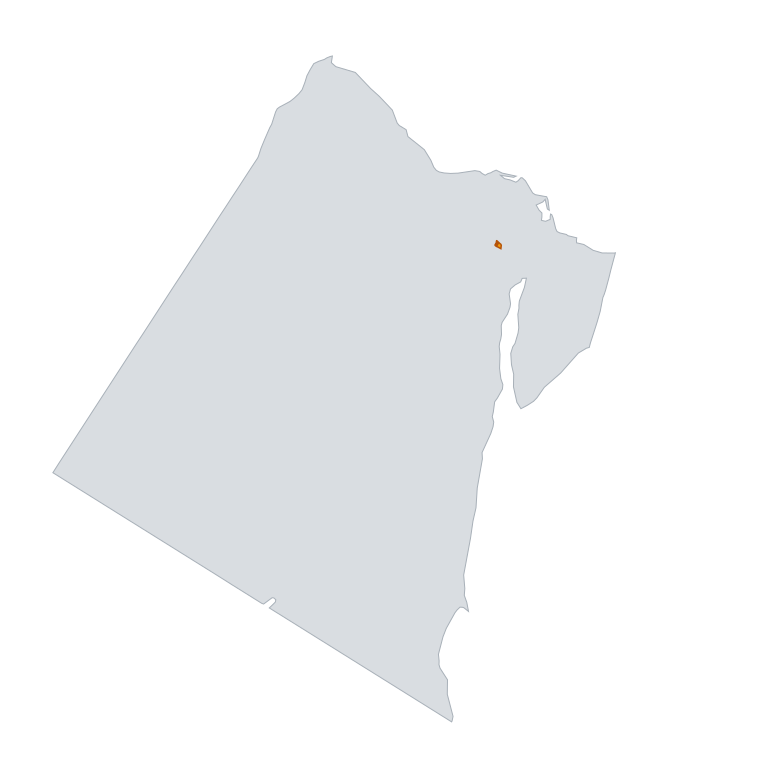 location of Zemam Out, Ash Sharqiyah, Egypt, rotated 32°
{"feature_id": "37247803B42023857067519", "entity_name": "Zemam Out", "entity_type": "district", "adm_level": 2, "iso_a3": "EGY", "parent_name": "Egypt", "parent_adm1": "Ash Sharqiyah", "projection": "equal_earth", "projection_center": [31.428, 30.239], "detail": "fine", "context": "in_parent", "style": "filled", "palette": "amber", "viewbox_px": 768, "rotation_deg": 32, "n_neighbors": 0, "source": "geoboundaries", "source_scale": "gbopen_adm2", "svg_char_len": 3784}
<svg xmlns="http://www.w3.org/2000/svg" viewBox="0 0 768 768"><g transform="rotate(32 384 384)"><path d="M620.4,634.7L607.4,634.7L594.4,634.7L581.5,634.7L568.5,634.7L555.5,634.7L542.5,634.7L529.6,634.7L516.6,634.7L503.6,634.7L490.6,634.7L477.7,634.7L464.7,634.7L451.7,634.7L438.7,634.7L425.8,634.7L412.8,634.7L405.4,634.7L406.6,630.0L407.4,626.6L406.6,624.3L404.0,623.8L402.4,624.5L398.5,634.4L396.5,634.8L391.9,634.8L376.8,634.8L361.7,634.8L346.6,634.7L331.4,634.7L316.3,634.7L301.2,634.7L286.1,634.7L271.0,634.7L255.9,634.7L240.8,634.7L225.7,634.7L210.6,634.7L195.5,634.7L180.4,634.7L165.3,634.7L150.2,634.7L150.3,622.8L150.5,610.9L150.7,599.0L150.9,587.1L151.1,575.3L151.3,563.4L151.5,551.6L151.7,539.7L151.9,527.9L152.1,516.1L152.3,504.3L152.5,492.5L152.7,480.8L153.0,469.0L153.2,457.2L153.4,445.5L153.6,433.8L153.8,422.1L154.0,410.3L154.3,398.7L154.5,387.0L154.7,375.3L155.0,363.7L155.2,352.0L155.4,340.4L155.6,328.8L155.9,317.2L156.1,305.6L156.4,294.0L156.6,282.4L156.8,270.9L157.1,259.3L156.8,257.2L154.8,249.4L153.1,239.4L151.3,227.2L151.1,223.3L147.9,210.7L147.6,207.2L148.6,204.6L154.6,194.1L156.4,189.0L158.0,182.8L158.6,177.8L157.1,170.2L155.3,163.4L154.8,156.4L154.7,149.5L157.7,144.8L161.4,140.4L162.7,137.7L164.9,134.7L166.4,133.2L169.1,139.4L175.0,140.4L194.6,135.0L216.0,140.5L227.8,142.6L245.9,147.3L256.9,155.7L260.0,156.7L268.0,156.6L273.2,161.5L294.0,163.9L305.1,169.4L311.4,173.8L315.2,175.1L318.5,174.9L323.1,173.2L328.8,170.2L335.1,165.9L348.0,154.9L352.6,153.0L355.6,153.5L359.2,153.3L360.7,150.4L362.6,148.3L363.8,146.0L365.8,143.2L372.5,142.5L385.9,137.7L384.4,140.0L372.2,145.3L377.4,146.0L382.8,144.1L388.9,143.0L390.0,140.7L390.8,136.5L392.0,135.9L396.2,136.7L408.8,143.2L411.9,143.3L420.8,139.8L422.7,139.0L425.5,141.0L432.1,149.1L429.8,149.0L422.8,142.0L422.2,145.5L418.2,151.6L423.2,154.3L427.3,155.3L429.4,158.7L430.8,161.8L434.8,160.4L437.7,156.3L436.2,153.9L435.2,151.6L436.5,151.5L439.3,153.5L447.3,161.3L450.0,163.0L453.1,162.7L459.5,160.5L461.3,160.8L470.0,157.9L471.0,160.1L472.5,162.2L479.5,159.8L490.5,159.8L499.5,157.3L509.8,151.0L510.7,150.1L511.2,151.6L512.5,155.9L515.8,166.7L518.6,175.2L522.2,187.0L523.3,191.5L523.8,194.7L528.8,207.7L531.9,218.4L534.1,227.0L537.3,239.8L538.7,244.2L536.6,246.5L532.4,254.8L528.0,281.1L521.7,301.8L521.0,314.7L520.0,319.4L516.9,326.0L513.2,332.4L506.4,329.1L495.3,317.8L488.8,307.0L481.9,300.1L475.3,290.9L473.5,284.3L473.6,280.1L470.7,269.8L468.5,264.9L460.6,254.0L458.3,248.2L456.6,245.6L454.8,241.9L451.9,227.7L448.7,218.8L445.2,221.2L445.8,225.0L442.8,230.3L440.9,236.3L442.4,241.3L448.8,248.9L450.2,252.2L451.7,259.3L451.5,269.1L452.5,272.4L457.4,279.7L459.2,284.0L460.2,287.7L461.8,291.1L466.7,297.4L473.7,309.5L480.3,317.6L485.1,321.5L487.1,325.5L487.6,335.7L487.3,340.5L491.5,349.7L493.1,354.3L497.2,358.1L499.1,362.4L500.8,369.4L503.5,390.2L507.1,395.3L518.2,422.8L527.6,440.2L532.1,453.1L539.1,469.0L552.8,503.8L560.9,514.6L564.1,520.7L569.9,525.3L576.2,532.1L570.3,531.4L568.8,531.8L566.7,533.0L565.7,537.1L565.4,540.4L566.3,558.2L568.0,567.2L573.4,584.4L577.4,589.5L579.4,592.9L582.1,595.3L594.6,601.2L602.1,613.6L618.7,629.3L620.3,633.7L620.4,634.7Z" fill="#d9dde1" stroke="#a8b0b8" stroke-width="1"/><path d="M406.5,207.6L411.4,207.3L410.0,204.3L409.1,203.6L408.1,203.5L403.8,202.7L403.7,202.7L403.6,202.8L403.7,203.1L403.7,203.3L403.8,203.5L403.9,203.8L404.0,203.9L404.1,204.0L404.3,204.0L405.1,204.4L405.0,205.0L404.3,205.3L404.3,205.5L404.4,205.9L404.4,206.3L404.5,206.4L404.4,207.0L404.5,207.2L404.6,207.4L404.8,207.4L404.9,207.5L405.0,207.6L405.3,207.7L405.6,207.7L406.1,207.7L405.7,207.1L405.4,206.9L405.3,206.7L405.3,206.4L405.3,205.1L405.3,204.7L406.4,204.6L406.4,205.7L406.4,206.2L406.5,206.2L406.5,207.4L406.5,207.6Z" fill="#f59e0b" stroke="#b45309" stroke-width="1.5"/></g></svg>